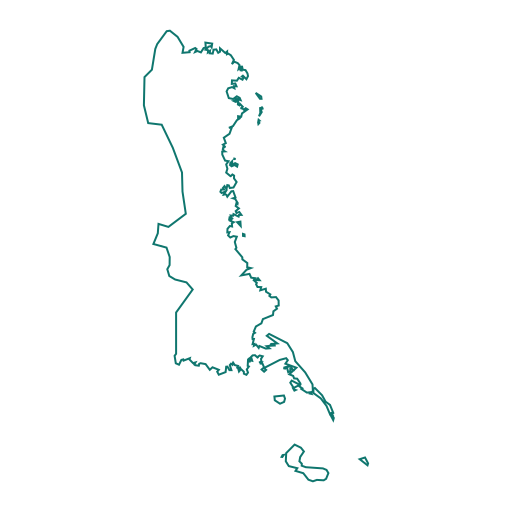 outline of Eastern Samar, Eastern Samar, Philippines
{"feature_id": "2640588B94499067384006", "entity_name": "Eastern Samar", "entity_type": "district", "adm_level": 2, "iso_a3": "PHL", "parent_name": "Philippines", "parent_adm1": "Eastern Samar", "projection": "mercator", "projection_center": [125.55, 11.519], "detail": "fine", "context": "isolated", "style": "outline", "palette": "teal", "viewbox_px": 512, "rotation_deg": 0, "n_neighbors": 0, "source": "geoboundaries", "source_scale": "gbopen_adm2", "svg_char_len": 6063}
<svg xmlns="http://www.w3.org/2000/svg" viewBox="0 0 512 512"><path d="M196.5,49.0L195.2,48.0L189.4,50.7L189.6,52.2L182.5,52.8L183.6,46.9L177.6,36.9L169.9,30.7L166.7,31.2L157.2,44.1L155.3,48.9L151.9,69.7L144.5,77.1L143.9,105.3L148.2,123.1L161.7,124.7L172.8,147.8L182.0,172.5L182.5,191.6L185.8,213.8L168.4,226.9L158.5,223.9L157.8,233.3L153.4,244.0L166.5,247.6L169.7,257.0L169.6,265.1L167.3,269.2L169.3,276.0L175.1,279.5L186.5,282.4L192.7,289.5L176.1,312.5L176.1,353.8L174.6,355.8L175.8,363.3L179.0,364.7L181.4,359.9L183.3,359.4L183.6,360.6L189.8,358.2L189.4,359.4L193.0,363.1L195.5,362.4L194.3,364.5L195.2,365.2L198.8,365.7L199.2,363.8L200.6,363.2L205.6,364.1L209.8,369.8L212.5,367.3L218.8,369.8L217.2,371.7L218.8,374.7L225.6,372.1L226.2,366.7L227.4,366.6L229.4,370.1L231.4,370.1L229.8,365.1L231.0,363.7L232.5,364.9L232.8,364.4L233.0,362.8L233.1,362.6L234.8,365.1L238.0,365.9L237.2,367.7L238.1,368.3L240.6,366.9L238.4,369.3L239.0,371.5L241.0,369.1L243.8,371.7L243.9,373.7L246.4,374.8L248.0,372.6L246.8,369.4L248.9,366.5L247.7,365.9L248.0,360.5L248.6,360.9L248.6,358.9L249.9,358.0L249.4,362.3L250.4,360.4L252.2,360.8L251.1,356.9L252.6,355.4L255.0,355.2L258.1,358.1L257.6,356.9L259.7,355.5L262.7,356.3L261.0,358.9L261.4,361.3L259.1,362.6L261.9,362.3L261.2,363.6L262.5,363.7L264.3,367.9L279.8,359.9L286.2,358.2L287.8,360.2L285.4,363.7L296.4,367.7L289.3,374.3L293.2,375.9L294.1,378.4L297.2,378.7L300.4,383.5L299.5,386.5L302.3,388.3L301.4,389.0L306.9,392.6L310.6,392.2L310.7,393.6L308.7,393.3L311.4,393.9L310.7,392.8L312.9,391.1L312.5,384.4L305.2,372.4L295.3,361.2L292.9,352.1L287.3,343.2L269.1,333.9L266.8,335.8L277.3,343.4L273.5,343.8L274.4,344.2L274.7,345.5L271.1,345.7L272.3,344.9L271.3,344.1L269.8,345.8L266.7,346.2L269.4,348.3L265.8,348.6L259.4,346.0L258.7,347.9L256.1,344.6L253.9,345.8L254.3,343.9L252.6,344.1L253.9,339.0L252.6,339.1L252.4,337.2L253.2,333.9L255.0,332.8L253.7,331.7L255.9,326.5L261.4,323.3L262.9,319.1L273.0,315.0L273.4,311.3L277.0,308.7L275.8,306.4L278.7,305.5L278.6,300.5L276.0,297.1L271.3,297.4L269.4,295.9L270.3,294.4L266.0,291.7L265.8,288.7L260.3,290.3L261.2,287.1L257.5,287.0L256.1,284.3L256.8,282.9L253.7,280.2L255.1,278.2L251.2,277.7L249.5,273.9L241.3,275.4L246.5,269.8L250.8,268.1L247.2,267.3L247.3,263.0L242.4,259.4L242.3,257.3L235.4,249.1L236.4,247.8L234.8,242.0L236.8,236.7L233.4,236.1L230.3,237.5L228.1,235.4L229.5,232.2L227.3,232.4L227.5,228.8L229.9,226.0L232.1,226.5L231.8,223.4L233.7,222.2L230.3,220.8L231.6,219.2L229.2,219.5L229.6,217.3L231.7,217.8L230.7,215.5L233.2,215.7L233.5,214.1L238.6,216.6L239.0,215.0L241.4,214.9L239.3,212.0L236.5,213.0L235.7,211.1L238.9,208.4L235.7,206.0L236.4,203.3L237.5,204.1L237.7,203.0L235.2,199.0L233.1,198.3L235.5,197.5L233.2,191.1L231.4,191.3L227.3,196.7L226.4,194.8L224.7,194.0L223.8,194.8L223.6,194.8L225.7,191.5L221.6,193.0L220.4,191.8L221.2,189.6L224.1,189.5L223.0,187.9L224.5,186.1L226.5,189.0L227.3,185.1L228.8,185.4L229.8,188.0L233.5,187.5L236.6,182.0L234.0,178.4L234.1,175.6L232.4,174.5L230.7,176.2L230.4,176.1L226.2,172.6L227.4,168.8L226.2,164.4L228.5,161.2L225.1,160.6L222.3,154.6L222.2,151.6L224.8,151.4L223.3,150.5L223.3,149.6L222.8,149.3L222.8,149.2L223.3,147.2L224.3,147.4L224.7,147.1L224.9,146.6L222.9,144.7L225.8,143.1L223.8,137.7L229.5,133.8L231.8,127.5L228.9,127.8L233.0,126.1L236.9,120.2L239.8,118.3L240.2,116.9L238.1,117.8L238.1,116.2L241.2,116.7L242.0,113.4L247.6,109.4L245.7,108.2L243.8,109.7L242.1,108.1L240.6,108.7L242.7,106.7L239.9,103.8L239.4,105.3L237.9,104.5L238.2,101.2L235.6,101.9L233.8,101.0L235.7,100.6L235.3,99.5L235.7,99.3L237.5,100.0L237.3,99.0L240.6,100.1L239.7,97.9L236.8,96.3L233.2,99.0L228.8,98.1L226.6,91.4L228.2,88.3L232.1,87.1L234.4,88.3L234.0,86.2L236.5,86.3L235.3,83.5L231.8,83.9L232.0,80.4L236.9,80.7L238.8,77.8L242.5,79.7L243.6,77.6L241.9,76.5L242.9,75.7L246.4,79.2L248.0,76.1L247.5,73.5L245.5,70.1L242.7,69.7L242.1,66.7L240.4,66.7L241.6,68.2L240.5,69.0L242.6,70.7L240.5,70.3L239.9,68.1L238.6,69.1L239.5,65.1L237.7,63.1L234.3,61.7L231.9,64.1L233.9,59.9L230.8,55.2L227.9,53.4L227.6,53.4L227.4,54.0L227.0,54.2L227.1,51.5L225.3,53.0L220.0,48.3L220.0,51.7L218.2,52.8L216.3,49.4L213.6,49.7L212.7,53.6L209.7,53.3L210.0,50.9L207.9,52.4L208.2,50.3L205.6,49.7L208.5,46.7L210.7,46.1L211.6,47.3L212.2,43.6L205.4,42.6L205.8,47.4L203.6,48.1L200.9,52.4L197.4,51.0L195.1,52.0L196.5,49.0ZM295.5,470.9L303.3,473.2L308.4,479.7L312.9,481.3L316.9,479.9L323.7,480.3L326.1,478.8L328.4,473.1L326.5,469.9L322.9,468.4L305.8,467.2L301.7,465.7L301.8,463.7L299.4,461.3L300.2,457.0L303.9,451.5L300.9,447.7L294.6,444.6L286.2,453.1L285.8,461.3L288.8,466.1L297.3,468.2L295.5,470.9ZM314.9,388.0L313.4,388.9L313.4,393.0L320.8,398.4L326.5,405.9L329.7,413.5L331.5,412.9L332.6,413.5L333.3,413.0L330.0,404.9L325.6,401.7L322.1,395.3L314.9,388.0ZM283.9,395.5L274.4,396.5L274.8,400.3L280.0,403.7L284.1,401.9L285.0,398.6L283.9,395.5ZM291.7,380.6L290.3,382.7L293.7,387.9L299.8,384.8L291.7,380.6ZM368.1,463.4L365.0,457.5L359.7,459.2L367.5,465.3L368.1,463.4ZM290.5,366.5L286.8,366.9L288.2,372.2L290.3,371.0L290.3,369.1L292.8,369.7L290.5,366.5ZM235.1,163.1L232.9,164.7L230.5,163.9L230.0,165.0L231.6,166.3L234.5,165.0L237.1,166.6L237.7,164.4L235.1,163.1ZM260.1,107.2L260.3,112.9L259.0,116.3L261.7,112.1L260.1,107.2ZM263.6,367.8L261.6,369.5L264.1,371.7L266.1,369.9L263.6,367.8ZM261.2,96.5L255.7,92.9L260.0,98.8L261.5,98.8L261.2,96.5ZM240.4,221.6L237.2,222.2L240.7,226.0L240.4,221.6ZM332.4,415.3L331.0,415.9L333.2,420.1L333.8,418.0L332.4,415.3ZM258.0,278.2L256.2,280.1L259.6,280.2L258.0,278.2ZM243.0,233.9L243.0,235.9L244.6,236.2L244.5,234.4L243.0,233.9ZM331.5,413.2L329.9,413.6L330.1,414.6L332.4,414.8L331.5,413.2ZM295.7,390.0L293.6,389.2L294.4,390.6L295.7,390.0ZM286.5,366.9L284.3,367.5L284.2,368.4L285.2,368.6L286.5,366.9ZM262.5,108.1L261.4,106.6L262.8,109.5L262.5,108.1ZM232.3,163.1L232.1,161.3L230.7,162.7L232.3,163.1ZM258.4,124.0L259.4,122.9L258.5,121.5L258.1,122.4L258.4,124.0ZM235.6,159.0L234.3,158.6L234.2,159.1L235.6,159.0ZM283.8,454.9L282.6,455.1L281.6,456.9L282.3,457.0L283.8,454.9ZM258.4,120.9L259.5,120.6L258.6,119.8L258.4,120.9Z" fill="none" stroke="#0f766e" stroke-width="2"/></svg>